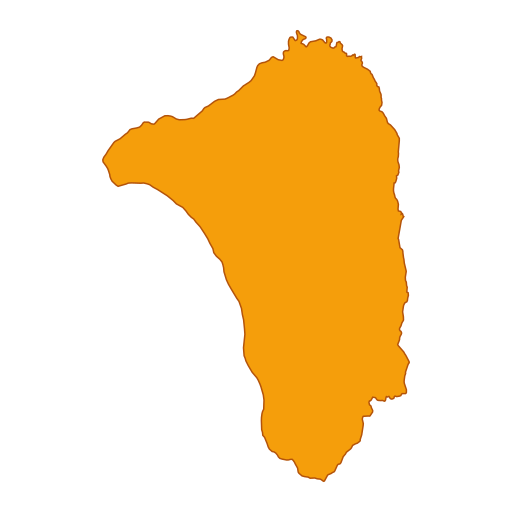 outline of Hatolia, Ermera, East Timor
{"feature_id": "22284137B62574363374050", "entity_name": "Hatolia", "entity_type": "district", "adm_level": 2, "iso_a3": "TLS", "parent_name": "East Timor", "parent_adm1": "Ermera", "projection": "equal_earth", "projection_center": [125.331, -8.8], "detail": "fine", "context": "isolated", "style": "filled", "palette": "amber", "viewbox_px": 512, "rotation_deg": 0, "n_neighbors": 0, "source": "geoboundaries", "source_scale": "gbopen_adm2", "svg_char_len": 5962}
<svg xmlns="http://www.w3.org/2000/svg" viewBox="0 0 512 512"><path d="M118.1,186.3L126.1,184.0L128.3,183.1L131.5,182.9L140.7,183.2L143.7,183.0L147.1,183.8L149.7,184.7L153.2,187.2L157.5,189.5L167.2,195.7L173.1,200.5L176.4,203.9L182.8,207.4L185.9,210.9L188.4,214.4L191.3,217.3L193.7,219.0L196.0,222.2L200.1,226.7L204.5,233.4L207.7,238.6L209.9,243.3L212.9,248.6L213.8,252.7L216.4,256.2L219.9,259.3L222.0,262.0L222.9,264.7L223.6,267.7L224.0,271.8L226.4,279.7L228.5,284.3L231.4,289.3L236.8,298.3L239.0,301.4L241.5,308.5L242.4,314.6L243.6,319.8L244.5,328.8L244.9,334.3L243.5,347.8L244.1,355.7L245.2,358.4L245.9,360.9L248.2,365.5L252.2,372.3L256.8,377.7L258.3,380.3L260.1,384.4L261.0,386.9L263.3,394.9L264.0,400.1L263.7,409.2L262.6,411.4L262.0,413.6L261.5,417.4L261.4,420.6L261.7,429.7L262.5,432.4L262.8,435.3L264.6,437.4L267.1,443.5L268.2,446.9L269.4,449.1L272.1,451.5L274.0,451.9L275.7,453.0L277.4,455.0L278.4,456.9L279.9,458.4L282.1,459.1L286.7,460.0L288.7,459.9L290.2,459.4L292.1,459.3L293.2,460.4L294.4,462.1L295.3,464.0L297.6,468.1L298.2,472.1L299.0,473.3L302.0,475.9L304.6,476.6L308.1,477.1L310.1,478.2L314.8,478.0L317.2,478.8L320.1,479.1L321.2,479.6L323.2,481.1L323.8,481.3L324.5,480.9L327.4,475.5L328.1,474.7L330.9,473.6L332.9,472.3L334.0,471.9L334.8,470.9L337.2,465.5L337.9,464.5L338.6,464.1L339.7,464.0L340.4,463.4L341.0,462.5L343.2,456.7L345.6,453.8L346.3,452.3L350.5,449.0L351.4,447.9L352.6,445.4L355.5,443.8L357.3,443.2L359.8,441.3L360.2,440.6L360.2,439.5L361.7,434.8L363.1,425.8L363.3,423.6L362.3,419.2L362.5,418.0L362.9,416.8L363.3,416.3L368.2,416.0L369.5,416.1L370.0,415.9L372.6,412.0L372.7,410.5L371.5,408.0L371.1,406.6L370.7,405.7L369.5,404.8L369.0,402.7L369.0,402.0L369.5,400.9L370.2,400.9L371.2,400.0L372.7,397.2L375.3,397.6L375.9,398.2L376.7,399.5L377.6,400.2L378.3,400.4L381.0,400.6L382.3,400.4L384.4,401.2L385.3,400.7L385.7,399.3L385.9,397.8L386.4,396.6L387.3,397.0L388.9,396.4L390.2,398.4L390.7,398.8L391.9,399.1L393.7,398.4L394.1,397.5L394.3,396.7L395.0,396.1L396.7,396.6L399.6,396.1L400.8,395.6L401.3,394.6L402.1,393.6L405.5,393.6L406.0,393.2L406.4,392.4L406.4,389.7L404.3,383.3L404.1,381.7L404.2,380.1L404.8,375.7L405.3,374.5L405.6,373.4L405.5,372.1L407.9,364.9L408.6,363.4L409.2,362.8L409.1,361.7L405.7,355.2L404.9,354.1L403.7,351.9L398.2,345.6L397.7,344.4L399.2,340.7L399.6,339.2L399.6,338.0L400.0,336.6L401.3,334.2L401.6,333.0L401.0,331.4L400.2,330.9L399.8,330.3L399.5,329.7L399.6,328.2L401.0,325.8L401.9,322.8L403.2,320.7L403.5,320.0L403.4,316.8L402.6,311.8L403.4,306.4L403.8,304.8L405.0,302.7L406.8,301.8L407.4,300.5L407.7,298.0L408.4,295.3L408.1,292.7L406.8,292.0L407.2,287.2L406.6,285.6L406.3,282.1L405.5,280.5L405.3,277.3L406.2,271.6L406.1,270.7L404.3,263.1L403.9,259.4L403.5,257.6L402.9,252.8L402.8,251.1L402.4,249.8L400.0,247.7L398.6,239.5L398.1,238.5L401.2,221.0L401.4,220.2L403.8,216.6L403.1,216.0L402.7,214.2L402.3,213.6L401.3,214.1L401.6,213.1L400.7,211.5L398.4,210.9L398.0,209.1L398.4,204.5L397.9,202.3L397.5,200.9L396.7,199.4L395.6,198.3L395.1,197.4L394.5,194.7L393.9,193.0L393.5,190.9L393.5,188.8L394.1,183.0L395.0,182.9L395.7,181.8L396.7,178.4L396.5,175.8L397.9,175.0L398.9,172.1L398.5,171.1L399.3,167.4L399.0,164.8L397.9,161.6L397.7,159.9L397.8,158.4L398.3,156.6L398.5,153.5L398.3,151.9L399.3,140.8L399.3,138.3L397.1,134.5L397.0,133.5L394.7,129.6L390.5,125.0L388.2,123.5L387.4,122.2L386.4,118.3L384.8,116.1L383.2,113.1L381.9,111.7L380.0,111.1L379.1,110.2L379.1,109.4L379.4,108.5L380.1,107.1L381.6,105.3L382.0,102.5L381.5,100.1L381.5,98.6L381.1,97.4L381.1,95.1L380.9,94.1L379.6,91.1L379.3,88.5L378.9,87.0L377.5,86.5L376.8,85.5L376.8,83.6L374.9,80.7L374.5,79.6L373.3,77.6L372.2,74.8L371.8,74.2L371.1,73.8L370.6,73.0L370.2,71.3L367.5,69.2L363.4,67.2L362.1,66.0L361.8,64.9L362.4,63.2L362.3,62.4L361.7,61.3L361.0,60.7L361.1,59.7L361.6,58.6L361.5,56.5L360.8,56.8L359.6,56.5L359.2,56.7L358.6,57.5L355.7,58.0L355.4,57.8L355.3,57.5L355.1,54.5L354.9,54.3L354.6,54.2L353.8,54.7L353.3,55.3L352.6,55.0L351.9,55.8L350.7,56.3L348.9,56.2L347.3,56.4L346.6,55.8L346.6,53.8L346.2,53.3L345.3,53.3L344.1,52.1L343.2,51.8L342.4,51.1L342.0,48.9L342.6,45.8L342.1,44.7L340.3,43.1L340.0,41.9L339.5,41.6L338.9,41.6L338.4,42.2L337.0,42.5L336.8,42.9L336.2,45.9L335.9,46.7L334.6,47.1L333.8,48.1L332.9,48.1L330.6,47.2L329.9,46.1L329.8,45.0L330.2,44.2L330.4,42.8L331.1,42.3L331.8,41.5L332.0,40.9L332.0,39.8L330.9,38.0L328.8,37.0L327.1,37.0L326.4,37.7L326.3,38.5L326.6,39.3L326.7,41.4L326.6,42.4L326.3,42.9L325.6,43.0L324.8,42.6L322.6,39.9L320.7,39.2L319.6,39.2L315.8,40.8L310.4,41.8L308.8,43.2L308.2,44.5L306.8,46.5L306.6,46.7L305.9,46.7L303.9,44.5L302.6,43.8L301.2,43.4L301.2,43.1L301.3,42.0L302.5,40.1L303.6,39.3L305.2,38.7L305.8,38.2L306.0,37.4L305.7,36.8L300.4,34.2L299.2,32.7L298.9,31.7L298.1,30.9L297.8,30.7L296.7,30.9L296.5,31.4L296.4,32.4L296.9,34.2L297.3,35.0L297.5,36.8L297.4,38.8L297.0,39.7L296.4,40.2L295.3,40.6L295.0,40.4L292.9,37.2L292.2,37.0L290.4,37.2L289.9,37.6L289.0,39.4L288.5,41.3L288.5,44.2L289.2,47.9L288.8,50.1L288.4,50.5L287.9,50.7L285.6,50.6L284.5,51.1L283.6,51.9L283.3,53.1L283.4,54.2L283.9,56.2L283.9,57.7L283.3,59.5L282.9,59.9L282.4,60.3L281.7,60.4L278.2,59.7L273.3,56.8L272.6,56.9L271.4,57.5L269.6,59.8L268.9,60.4L265.2,62.2L262.0,62.8L259.4,63.8L257.7,65.6L256.9,67.4L255.4,73.0L254.4,75.9L251.1,80.6L249.1,82.3L243.4,85.9L238.8,90.5L236.6,92.0L234.6,94.1L233.0,95.2L227.2,98.2L225.0,99.1L218.4,99.5L214.6,101.3L208.4,106.0L205.0,107.5L203.8,108.6L202.3,110.9L193.7,118.3L191.2,118.2L187.0,119.3L185.0,119.6L179.4,119.8L176.3,119.0L172.5,116.7L170.6,116.1L168.0,115.7L164.8,115.8L158.7,119.1L154.6,123.8L153.9,124.2L151.3,123.8L148.7,122.2L144.3,122.1L143.3,122.7L141.6,125.2L139.6,127.1L136.5,128.0L132.0,128.8L130.0,129.6L127.5,132.8L125.3,134.3L120.0,138.8L115.2,141.3L113.9,142.5L108.2,150.5L106.0,154.3L104.1,156.8L103.4,158.2L102.8,159.9L103.1,161.9L106.1,166.0L107.6,168.4L108.4,170.4L109.7,174.4L110.0,176.6L110.9,179.0L112.1,181.2L116.2,185.1L118.1,186.3Z" fill="#f59e0b" stroke="#b45309" stroke-width="1.5"/></svg>